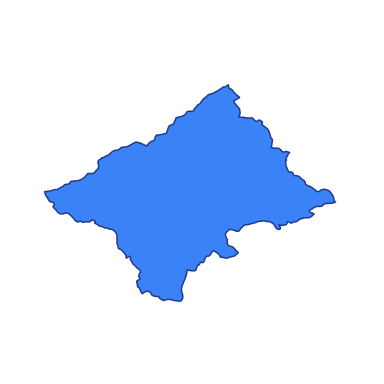 Yen Chau, Son La, Vietnam (Equal Earth projection), rotated 292°
{"feature_id": "81297802B99176770386813", "entity_name": "Yen Chau", "entity_type": "district", "adm_level": 2, "iso_a3": "VNM", "parent_name": "Vietnam", "parent_adm1": "Son La", "projection": "equal_earth", "projection_center": [104.318, 20.992], "detail": "fine", "context": "isolated", "style": "filled", "palette": "blue", "viewbox_px": 384, "rotation_deg": 292, "n_neighbors": 0, "source": "geoboundaries", "source_scale": "gbopen_adm2", "svg_char_len": 6045}
<svg xmlns="http://www.w3.org/2000/svg" viewBox="0 0 384 384"><g transform="rotate(292 192 192)"><path d="M137.1,55.3L134.5,57.3L133.3,58.9L132.1,60.7L130.6,62.4L129.8,64.5L130.0,65.5L130.3,65.8L130.5,66.1L130.6,66.3L130.1,67.0L130.0,67.3L130.0,68.0L129.8,68.3L129.2,68.9L128.1,69.1L127.3,68.7L126.8,68.7L126.0,68.9L123.9,73.6L123.0,75.0L122.4,77.0L122.5,78.2L123.0,79.5L123.5,80.8L124.2,81.7L124.8,81.9L125.8,84.2L125.8,85.1L125.7,85.6L124.9,88.2L124.2,89.8L123.0,92.6L122.0,93.9L121.5,95.5L121.2,96.9L121.6,97.3L123.2,99.8L123.0,101.9L123.2,102.6L124.4,104.3L125.2,106.3L126.1,108.4L128.9,110.1L128.6,113.4L126.8,113.4L126.6,113.6L126.5,116.1L125.9,118.0L125.8,119.1L126.3,122.3L125.9,124.6L126.6,125.7L126.8,127.2L126.6,129.2L127.1,131.1L127.4,132.3L126.7,134.8L125.8,136.6L124.7,137.8L123.3,138.8L121.9,139.6L120.7,139.7L119.9,140.3L118.9,140.8L116.3,141.6L114.6,143.3L112.3,144.6L112.1,145.2L111.9,148.2L109.7,152.7L108.5,154.5L106.4,155.5L106.3,155.9L106.7,156.5L109.1,158.3L109.1,158.7L109.0,159.0L108.5,159.5L107.9,159.7L106.6,159.9L105.5,161.2L105.0,162.0L104.0,163.2L102.8,164.8L102.5,166.5L102.0,167.7L101.1,168.8L100.4,172.0L99.0,174.1L98.7,174.4L97.4,174.0L94.9,173.9L93.7,174.3L92.2,176.2L91.3,176.2L89.3,174.4L88.6,174.3L87.5,174.5L85.6,176.2L83.8,176.9L83.5,177.9L83.4,178.7L83.2,179.3L82.6,180.0L80.8,181.5L79.3,183.5L79.2,183.8L79.3,184.3L80.8,185.1L82.0,186.0L83.4,188.1L83.6,188.6L83.5,189.2L83.2,190.4L83.1,191.6L82.8,191.9L81.7,192.8L81.2,194.1L81.3,195.8L81.5,197.2L82.6,200.4L82.5,200.7L82.3,200.9L81.6,201.2L81.1,202.8L80.7,206.5L81.4,206.8L82.3,208.3L83.4,209.9L83.9,211.2L84.2,212.1L84.8,216.5L85.4,218.6L85.8,220.4L86.6,222.5L88.6,223.0L90.3,223.1L91.9,222.6L94.6,220.8L96.6,219.1L99.1,218.3L101.7,218.0L110.6,218.0L113.4,217.8L115.6,217.3L117.8,216.9L118.4,217.5L118.3,219.0L118.4,219.7L119.4,222.8L119.7,223.5L120.3,224.2L120.8,224.7L121.3,224.9L123.1,224.6L126.2,224.8L127.0,225.7L127.7,226.0L129.7,226.1L130.4,227.4L130.5,228.1L130.7,228.7L131.8,229.1L133.3,229.2L134.8,229.0L136.0,229.0L137.4,229.5L138.1,229.9L138.5,231.0L139.5,231.9L141.0,232.6L144.8,233.1L145.3,233.6L145.4,234.4L145.4,236.5L144.3,240.3L143.7,241.4L142.5,242.4L142.2,243.2L142.5,243.6L142.8,244.6L143.2,247.3L143.5,248.6L143.8,249.2L146.6,252.5L148.1,254.8L148.8,255.6L150.1,256.1L152.6,257.6L153.4,257.2L153.9,255.8L154.4,253.9L155.1,253.3L155.6,252.3L156.3,250.0L156.0,246.4L156.1,245.8L156.6,244.9L157.4,244.2L159.1,243.2L161.1,242.6L163.0,240.4L165.0,238.8L166.1,238.8L167.7,239.1L170.8,240.4L171.5,241.3L172.1,242.9L172.3,245.1L172.2,247.5L172.5,248.9L172.9,249.5L173.7,250.3L176.9,251.0L180.3,252.5L181.5,253.6L182.2,255.2L183.3,256.9L187.9,262.9L189.4,264.3L192.4,269.8L192.4,271.4L192.7,272.7L193.5,274.8L193.6,275.6L193.5,276.8L193.1,278.9L192.6,280.1L190.9,282.3L190.2,283.4L189.7,284.5L189.6,285.2L189.6,285.8L190.2,287.3L190.7,287.6L191.5,287.5L192.3,287.1L194.1,285.0L194.4,285.1L194.5,286.0L194.5,287.2L195.4,289.0L196.5,290.9L197.0,291.5L197.3,291.7L200.0,291.8L200.3,291.8L200.4,292.1L200.5,293.1L200.5,294.0L200.3,295.5L200.7,296.3L201.7,296.8L202.3,297.4L202.6,297.7L202.8,298.6L203.2,299.4L203.7,299.9L204.7,300.7L207.0,301.9L210.2,305.9L212.0,310.1L213.8,311.8L215.9,312.8L216.6,313.3L217.3,313.3L217.6,312.2L217.6,308.9L217.7,308.3L218.2,307.8L219.0,307.7L221.8,310.0L224.2,311.6L225.4,313.2L226.4,315.7L227.5,317.7L228.5,318.2L229.2,318.4L231.0,319.6L234.5,326.9L236.0,328.3L236.5,328.7L237.2,327.1L237.7,326.6L239.1,326.0L241.4,324.0L243.8,320.2L244.4,318.9L244.5,318.2L244.5,315.8L244.2,313.9L243.7,312.8L242.4,311.0L240.6,310.0L240.1,309.5L239.4,308.5L239.3,307.8L239.3,307.3L239.7,306.1L240.0,305.7L241.4,299.9L241.2,296.7L241.7,294.7L242.1,293.9L242.5,293.6L243.6,293.1L244.5,291.8L244.8,290.3L245.4,288.6L245.4,288.0L245.6,287.3L246.3,286.2L246.5,285.2L246.4,283.7L246.2,282.6L245.6,281.1L245.7,280.6L245.8,280.1L246.0,279.6L246.3,279.2L247.0,278.8L247.5,278.2L247.8,277.0L247.4,275.5L247.0,274.4L247.0,273.9L249.7,271.1L251.2,269.6L255.4,267.3L256.4,267.3L256.7,267.6L257.1,267.7L257.7,266.8L258.6,266.5L259.3,266.5L260.8,267.1L262.1,266.8L265.1,267.6L265.2,267.2L265.0,264.4L263.2,261.7L263.2,260.9L264.7,257.4L264.9,256.3L264.5,254.3L263.5,252.2L263.0,249.2L263.2,248.6L264.9,248.5L267.1,247.9L269.5,247.4L271.0,246.6L271.8,244.9L276.2,241.4L277.9,239.7L278.7,238.4L279.3,236.8L279.9,234.4L280.7,231.9L281.2,231.3L282.8,231.3L283.2,231.2L283.7,229.8L284.0,228.4L284.0,227.9L283.7,227.1L282.8,226.6L281.8,225.6L281.5,224.6L281.9,223.3L283.2,220.6L283.1,219.7L282.8,218.9L281.7,216.7L281.2,214.8L280.7,212.4L279.6,209.2L279.2,207.6L279.4,207.2L280.9,207.4L283.4,207.0L287.0,204.8L291.0,197.1L292.0,196.7L292.8,197.1L296.6,200.3L297.5,200.6L297.8,200.3L298.6,197.0L299.0,196.1L300.2,193.4L301.6,191.3L302.0,190.0L301.9,188.1L302.3,187.5L303.2,186.5L304.3,186.1L304.8,185.7L304.8,185.4L303.8,184.7L302.2,183.6L301.4,182.6L301.1,181.7L299.7,180.9L295.2,177.7L290.8,173.9L288.5,170.8L284.8,169.1L282.7,167.7L278.6,166.6L276.7,166.4L275.8,165.4L274.0,164.3L272.7,164.2L270.4,163.0L269.1,163.2L267.6,162.8L266.5,161.0L265.4,158.3L264.3,157.2L262.1,157.1L259.6,155.5L257.2,152.9L255.7,150.4L254.6,149.4L252.2,149.6L250.7,149.3L249.3,149.4L248.0,149.3L246.5,147.7L245.1,146.3L243.5,145.9L239.4,146.2L237.1,146.2L236.2,145.5L235.1,143.8L232.8,140.6L232.1,139.4L231.6,137.8L231.0,137.6L229.3,137.3L227.2,137.7L226.2,137.7L225.1,137.1L224.3,135.9L222.2,134.3L217.7,132.5L217.7,130.7L217.9,128.5L218.0,125.2L217.6,122.8L217.3,121.4L215.6,119.7L213.3,117.9L209.9,115.1L208.9,113.6L207.6,110.8L206.4,109.5L204.6,108.7L203.2,107.7L201.3,104.4L199.3,102.8L196.3,101.4L194.7,100.4L193.5,99.1L191.6,97.6L190.4,96.5L190.0,95.6L189.7,95.3L188.5,95.2L186.3,93.4L184.2,93.7L183.3,94.1L181.3,95.7L179.6,96.1L178.3,96.0L172.7,93.9L172.2,93.3L171.2,91.1L170.6,89.5L169.7,88.2L168.4,88.0L165.8,87.0L163.2,85.5L161.6,84.2L159.7,81.9L157.0,76.6L156.3,75.6L154.5,75.3L153.3,74.7L152.5,73.8L152.3,73.0L151.6,71.8L150.8,71.0L149.3,70.5L143.7,66.0L142.5,63.2L140.6,61.3L137.1,55.3Z" fill="#3b82f6" stroke="#1e3a8a" stroke-width="1.5"/></g></svg>